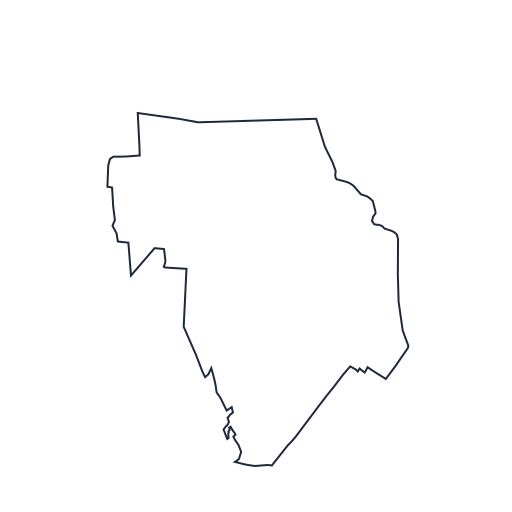 Racasdia, Caras-Severin, Romania (Albers equal-area conic projection), rotated 57°
{"feature_id": "2599482B50821892840629", "entity_name": "Racasdia", "entity_type": "district", "adm_level": 2, "iso_a3": "ROU", "parent_name": "Romania", "parent_adm1": "Caras-Severin", "projection": "albers", "projection_center": [21.603, 44.997], "detail": "fine", "context": "isolated", "style": "outline", "palette": "slate", "viewbox_px": 512, "rotation_deg": 57, "n_neighbors": 0, "source": "geoboundaries", "source_scale": "gbopen_adm2", "svg_char_len": 2030}
<svg xmlns="http://www.w3.org/2000/svg" viewBox="0 0 512 512"><g transform="rotate(57 256 256)"><path d="M429.8,214.1L424.9,200.7L424.5,199.6L415.9,178.8L414.3,177.1L406.0,175.3L398.3,173.5L372.2,161.4L348.4,146.9L319.1,127.6L314.8,126.2L313.5,126.4L312.3,126.8L311.0,127.3L309.9,127.9L308.6,128.7L303.1,133.2L299.4,134.0L296.9,135.9L295.2,138.1L293.7,139.6L289.9,139.7L288.5,138.2L287.0,136.7L285.8,133.8L285.3,132.5L284.5,132.1L283.5,131.5L273.5,128.1L269.8,129.0L266.3,130.5L261.4,134.4L250.1,136.0L246.5,137.5L243.5,139.4L235.5,146.6L235.3,146.6L235.1,146.6L234.3,146.6L233.5,146.5L232.7,146.2L231.9,145.9L231.3,145.5L228.2,142.9L219.4,140.8L201.9,138.7L173.7,130.8L112.3,231.8L98.7,246.2L71.7,277.3L99.8,293.6L108.4,298.8L105.2,304.6L102.0,310.4L98.6,316.0L95.0,321.6L95.1,325.7L99.7,330.7L117.0,342.9L120.2,339.4L136.9,348.9L148.9,354.7L152.5,359.9L161.0,360.6L168.6,364.0L175.3,355.8L179.6,358.1L204.3,371.5L194.2,336.8L200.0,329.4L204.3,331.4L210.2,334.4L211.9,335.5L214.0,338.1L214.8,339.2L215.7,338.9L216.6,337.9L228.9,321.3L276.0,355.2L306.4,360.2L314.8,362.0L323.3,363.8L329.9,364.7L329.3,360.4L325.7,354.6L328.7,355.5L331.6,356.4L334.6,357.4L337.5,358.4L340.4,359.5L343.3,360.7L346.1,362.0L349.0,363.3L356.0,363.1L369.6,364.8L369.5,358.7L374.7,360.6L375.0,364.3L375.9,366.3L376.1,367.9L380.5,369.1L382.4,372.5L382.4,373.7L383.5,376.8L383.8,377.7L391.9,379.4L393.8,379.7L393.7,378.1L389.9,376.1L389.2,375.0L388.1,374.7L387.7,373.0L385.3,371.9L385.4,370.3L388.1,370.5L391.0,370.5L392.3,370.3L394.6,370.5L395.1,373.3L398.8,373.8L401.8,373.7L404.8,373.6L412.2,375.1L415.3,378.9L416.9,380.7L417.2,383.2L417.2,385.7L417.2,385.8L420.8,382.5L423.6,379.9L426.4,377.1L429.0,374.2L431.5,371.3L437.6,360.1L440.3,356.8L435.5,342.5L432.1,332.5L431.1,327.7L429.2,321.2L416.1,285.4L411.7,273.0L408.4,262.8L405.9,255.9L402.9,247.5L399.9,237.1L405.6,234.1L408.3,233.6L406.8,230.4L410.3,229.3L411.6,228.8L412.9,228.3L412.1,226.5L411.1,224.8L410.1,223.0L416.8,220.1L429.8,214.1Z" fill="none" stroke="#1e293b" stroke-width="2"/></g></svg>